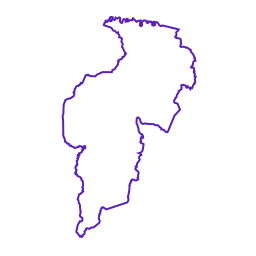 Tonaya, Jalisco, Mexico, rotated 182°
{"feature_id": "50627088B15474935979053", "entity_name": "Tonaya", "entity_type": "district", "adm_level": 2, "iso_a3": "MEX", "parent_name": "Mexico", "parent_adm1": "Jalisco", "projection": "robinson", "projection_center": [-103.939, 19.867], "detail": "fine", "context": "isolated", "style": "outline", "palette": "violet", "viewbox_px": 256, "rotation_deg": 182, "n_neighbors": 0, "source": "geoboundaries", "source_scale": "gbopen_adm2", "svg_char_len": 5905}
<svg xmlns="http://www.w3.org/2000/svg" viewBox="0 0 256 256"><g transform="rotate(182 128 128)"><path d="M126.2,53.6L125.1,55.5L125.2,58.3L125.7,58.6L124.6,65.1L124.4,69.2L124.7,70.7L124.2,71.1L124.1,72.5L123.6,72.9L123.3,75.0L122.9,74.8L122.1,76.7L120.3,76.5L118.7,75.8L117.9,75.9L117.2,76.2L116.9,76.8L116.0,77.1L116.7,78.7L116.1,79.4L116.3,81.4L115.9,82.7L115.9,84.4L118.6,86.5L119.2,87.5L118.6,89.0L118.9,89.7L117.9,89.7L117.9,91.8L117.4,93.5L116.2,94.9L115.3,96.5L115.2,97.2L116.0,98.5L115.7,99.8L114.8,101.1L113.8,101.5L114.9,103.0L115.9,103.3L114.8,103.6L113.1,105.1L112.7,105.9L111.9,111.5L111.9,112.5L114.5,113.5L115.2,114.3L115.0,115.2L114.5,115.4L115.0,117.2L114.3,118.7L114.4,119.4L113.7,120.3L112.8,118.7L112.5,119.1L112.6,120.0L113.4,121.7L114.2,122.4L115.8,123.0L117.3,125.6L117.5,127.0L117.4,127.9L118.3,129.6L118.6,131.3L119.3,132.2L119.7,133.3L119.6,137.6L119.4,138.3L118.9,138.8L118.1,138.8L116.6,137.7L115.9,135.3L114.9,133.3L113.2,132.6L111.1,133.2L108.8,132.8L102.3,132.7L100.9,131.7L98.8,131.9L98.0,131.6L96.1,129.6L95.2,129.4L94.7,128.6L94.7,127.8L92.2,127.5L90.8,126.0L89.0,125.1L88.1,125.6L82.0,141.9L76.7,148.2L79.2,153.8L79.6,154.2L82.2,154.8L82.7,155.4L82.9,156.5L82.5,157.9L81.6,159.0L81.6,159.7L80.6,160.8L80.5,161.8L79.9,163.6L78.5,165.4L78.4,166.1L78.6,166.8L76.8,167.8L75.9,168.9L75.8,170.4L76.3,172.4L75.7,172.9L74.6,173.0L72.5,172.6L71.6,172.0L70.2,171.8L71.2,170.5L71.0,170.3L69.5,170.7L68.2,170.5L67.1,169.1L66.6,170.5L65.5,169.9L64.9,170.9L64.7,171.9L64.1,173.5L63.2,174.3L63.4,174.8L62.9,174.9L62.9,175.7L62.3,176.7L63.0,178.7L62.2,181.7L63.2,181.7L63.1,184.6L64.2,185.9L64.2,186.4L63.5,186.7L64.0,187.9L64.0,189.9L65.9,191.0L66.5,190.6L67.1,190.7L66.4,192.2L65.6,192.7L64.7,192.7L65.6,192.8L65.2,195.8L64.5,197.0L63.0,197.6L64.0,199.7L63.5,200.2L64.2,201.3L65.3,203.6L68.0,206.8L68.0,208.2L68.3,208.5L69.4,208.7L71.4,210.3L72.7,210.6L72.8,210.4L75.7,211.2L77.2,210.9L78.2,211.0L78.6,211.4L78.5,212.5L77.8,213.9L77.9,214.8L78.4,215.5L78.1,216.6L78.5,218.6L80.1,219.4L82.8,219.6L83.6,220.1L84.0,221.0L83.1,221.5L82.8,222.8L83.2,225.3L81.5,227.0L80.8,228.3L97.2,231.7L98.2,231.1L99.2,231.1L100.4,232.0L101.6,233.8L102.7,234.7L103.5,234.7L104.4,233.8L104.7,231.8L105.8,231.3L106.7,231.3L107.5,231.9L107.5,232.4L105.2,233.7L104.7,234.6L105.0,235.1L105.9,235.1L107.8,234.1L108.6,235.2L109.3,235.1L109.4,234.7L110.9,235.2L111.5,233.9L112.4,233.6L113.1,234.3L113.0,235.5L114.8,236.1L116.2,236.0L117.8,234.3L117.5,231.7L118.1,230.5L118.7,230.2L119.8,231.3L119.3,234.6L118.9,235.3L119.0,235.8L120.4,235.8L122.3,235.1L122.6,234.5L123.2,234.5L126.9,237.9L127.2,237.5L127.4,236.0L128.0,235.8L130.2,235.8L131.3,234.6L131.7,234.5L132.2,235.1L132.1,236.9L132.8,237.1L133.1,234.8L133.8,234.0L134.2,234.2L134.1,235.4L134.4,235.9L135.2,236.6L135.9,236.7L137.2,234.9L137.4,233.0L138.3,232.8L139.2,233.3L139.9,234.7L139.5,236.9L139.9,237.9L140.2,238.2L140.9,238.1L142.3,237.0L143.4,237.1L144.3,237.8L145.1,235.5L145.4,235.4L146.9,236.3L147.2,238.2L148.7,238.4L149.4,238.2L150.2,237.1L148.4,235.5L148.1,234.6L148.7,234.2L149.4,234.1L150.7,235.1L151.6,235.1L152.1,233.4L153.4,233.3L153.8,234.4L154.2,234.4L154.3,232.7L155.3,231.9L155.7,229.9L148.7,227.8L147.5,226.9L146.6,225.2L144.4,224.4L142.5,222.7L141.2,223.2L140.9,221.4L140.2,220.7L139.7,219.7L140.1,218.4L138.1,217.9L137.2,217.2L137.6,213.8L136.5,212.5L136.1,211.2L136.6,210.2L136.8,208.7L135.7,207.5L134.8,205.2L133.5,203.3L133.6,201.9L132.9,202.0L134.5,199.1L135.9,198.9L135.8,198.1L136.9,196.6L138.1,196.5L138.2,196.1L140.1,195.2L140.2,194.6L139.6,194.0L139.6,193.7L140.2,193.1L140.2,191.2L140.6,190.8L140.8,190.0L142.2,188.5L142.7,187.4L143.8,186.0L145.5,185.5L146.1,183.2L155.2,183.0L160.9,180.3L161.7,179.3L162.8,178.4L164.6,178.6L166.7,178.5L168.8,179.1L169.6,179.7L169.7,179.4L171.7,179.5L172.2,178.9L175.3,171.1L175.9,171.0L176.9,171.4L177.2,169.8L177.7,169.4L178.4,169.4L178.9,168.9L178.9,168.4L180.5,168.1L181.2,167.6L182.0,165.7L182.6,165.1L182.6,163.4L183.2,162.8L182.9,161.8L183.3,161.5L183.0,161.4L182.8,159.9L183.6,157.6L184.9,157.0L186.5,155.7L187.4,155.6L188.0,155.1L188.9,155.1L191.5,153.8L193.1,149.0L193.1,140.2L193.3,139.0L193.8,137.4L193.4,135.6L193.0,131.5L192.4,118.1L190.7,114.2L190.5,113.2L190.6,112.3L189.1,111.4L188.3,110.3L186.7,110.3L186.4,109.7L186.1,109.6L185.9,108.5L184.9,108.2L184.3,108.4L183.8,107.7L182.3,107.3L180.3,106.1L178.9,106.8L177.0,107.1L176.7,107.9L176.3,108.3L175.3,108.0L174.7,108.2L173.3,107.5L171.4,108.0L170.9,108.4L170.5,108.5L170.0,108.1L170.3,107.2L170.1,106.2L170.3,106.1L171.1,106.7L172.8,105.7L172.8,105.3L172.2,105.1L172.0,104.5L172.3,104.2L173.0,104.0L173.4,102.2L176.1,100.9L176.1,100.4L175.5,99.7L175.6,99.2L176.2,99.1L176.7,99.6L177.1,99.4L177.3,98.2L176.5,97.6L176.4,96.9L177.6,96.0L177.0,94.9L177.2,94.2L178.1,93.4L177.7,91.1L177.4,90.3L177.5,89.3L178.2,89.1L178.3,87.9L178.9,87.7L179.1,87.3L178.9,85.4L177.9,84.1L178.1,83.5L178.7,82.7L178.4,81.3L179.2,81.2L179.0,80.4L178.5,79.9L177.6,80.0L177.4,79.2L176.9,78.5L175.7,77.8L174.6,77.5L173.0,76.3L173.1,75.7L172.7,75.3L172.6,74.3L171.5,73.4L171.3,72.9L170.8,68.9L171.0,68.1L171.6,67.4L171.5,66.9L170.7,66.0L171.4,64.1L171.0,63.6L170.7,63.6L170.5,63.2L171.7,61.9L172.3,61.7L173.0,60.5L174.5,60.1L175.8,54.9L175.1,54.1L174.4,51.1L173.2,49.0L173.3,47.1L172.8,45.5L172.8,43.6L172.3,42.6L173.0,39.1L172.9,38.3L172.2,37.5L170.7,36.7L170.4,35.6L170.3,34.4L170.7,33.6L171.9,32.8L172.8,33.1L174.6,29.8L175.4,26.7L175.3,25.4L175.9,24.5L175.9,22.0L174.7,21.1L172.2,17.8L171.4,18.4L170.8,18.3L170.5,17.6L169.6,18.1L169.6,19.5L168.4,20.1L167.8,20.7L167.7,21.8L167.9,23.0L166.5,24.6L166.3,25.9L166.0,26.3L163.0,25.9L161.6,27.2L159.5,27.3L158.0,28.2L153.3,32.3L153.0,34.2L153.6,35.7L153.9,35.9L154.0,39.2L153.5,39.9L153.5,41.5L153.2,41.8L152.8,41.7L152.7,44.4L152.4,44.5L152.5,44.9L151.9,46.4L151.3,47.1L151.4,47.4L151.1,47.5L150.8,47.9L150.1,47.9L146.9,45.9L126.2,53.6Z" fill="none" stroke="#5b21b6" stroke-width="2"/></g></svg>